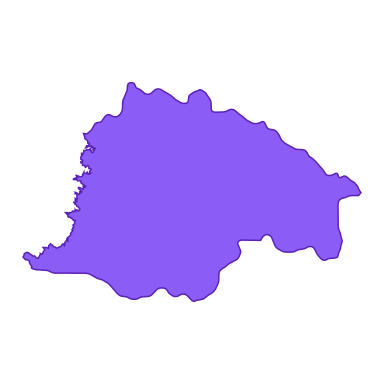 outline of Pedro Santana, La Estrelleta, Dominican Republic
{"feature_id": "3306468B44690790041357", "entity_name": "Pedro Santana", "entity_type": "district", "adm_level": 2, "iso_a3": "DOM", "parent_name": "Dominican Republic", "parent_adm1": "La Estrelleta", "projection": "natural_earth1", "projection_center": [-71.535, 19.169], "detail": "fine", "context": "isolated", "style": "filled", "palette": "violet", "viewbox_px": 384, "rotation_deg": 0, "n_neighbors": 0, "source": "geoboundaries", "source_scale": "gbopen_adm2", "svg_char_len": 5854}
<svg xmlns="http://www.w3.org/2000/svg" viewBox="0 0 384 384"><path d="M83.5,133.5L84.8,137.2L84.8,138.4L85.5,139.2L87.2,140.3L87.8,141.9L87.8,143.1L88.8,143.1L89.5,143.9L87.8,145.8L86.5,145.8L86.5,146.6L85.5,147.8L86.5,147.8L87.8,146.6L89.5,146.6L90.5,145.8L91.2,145.8L91.2,147.8L91.9,147.8L91.9,146.6L93.5,147.8L94.5,147.8L95.2,148.6L94.5,149.7L94.5,148.6L93.5,148.6L92.9,149.7L93.5,151.3L92.9,152.5L91.9,152.5L91.2,151.3L91.2,150.5L90.5,150.5L90.5,148.6L88.9,149.7L86.5,149.7L85.5,150.5L83.8,150.5L83.8,152.5L83.2,153.3L81.5,153.3L81.5,154.5L82.5,154.5L82.5,155.2L81.5,155.3L81.5,156.0L80.8,157.2L80.8,159.2L81.5,160.0L82.5,160.0L82.5,161.9L80.8,161.9L80.8,162.7L81.5,162.7L82.5,163.9L82.5,165.4L84.9,165.4L84.9,166.6L85.5,167.4L87.9,165.4L88.9,166.6L88.9,168.6L90.6,168.6L91.2,169.4L89.6,171.3L89.6,173.3L90.6,173.3L89.6,174.1L87.9,174.1L87.9,173.3L87.2,172.1L86.5,173.3L83.9,173.3L83.9,172.1L83.2,173.3L83.2,174.9L82.5,174.9L82.5,176.0L81.5,176.8L78.5,176.8L78.5,176.0L77.5,176.1L75.8,174.9L76.8,176.8L76.8,178.0L75.2,178.0L74.5,178.8L73.5,178.8L73.5,179.6L76.8,179.6L77.5,180.8L80.9,180.8L80.9,182.7L81.5,183.5L83.2,184.3L84.9,186.2L85.6,186.2L84.9,187.4L83.2,186.2L83.2,189.0L82.5,189.0L79.2,187.4L78.5,187.4L78.5,188.5L81.9,191.7L81.5,192.4L80.2,191.6L79.6,191.9L79.9,193.9L78.8,194.3L76.1,192.5L75.4,192.4L75.9,192.9L75.2,193.7L76.9,193.7L76.9,197.6L77.5,198.4L76.9,199.6L75.2,198.4L75.2,200.4L75.9,200.4L76.9,201.6L75.9,201.6L74.5,202.3L73.7,202.3L73.7,202.5L74.5,203.1L75.2,203.1L75.2,204.3L75.9,204.3L76.9,206.3L77.5,206.3L79.9,209.0L78.6,211.0L76.9,209.8L75.9,211.0L75.2,209.8L75.2,211.0L74.5,211.0L73.5,211.8L72.9,211.0L71.2,212.6L69.5,212.6L68.9,213.7L67.8,212.6L65.5,212.6L67.2,214.5L67.8,214.5L67.9,216.5L68.9,217.3L70.5,217.3L71.2,218.4L71.9,218.4L73.5,220.4L75.2,220.4L75.2,221.2L74.6,222.0L74.6,223.9L72.9,225.1L73.6,226.7L73.6,227.8L72.9,227.8L72.9,228.6L71.9,229.8L72.9,230.6L70.6,233.3L70.6,235.3L67.9,237.3L67.9,240.8L67.2,240.0L67.2,238.1L67.0,238.3L66.6,240.2L64.8,242.5L64.8,244.6L64.3,245.6L63.1,243.8L61.9,244.8L61.1,246.2L56.8,248.2L55.1,247.0L53.3,246.7L52.6,245.1L51.6,244.8L50.5,243.7L50.0,244.3L49.8,245.1L48.8,245.4L48.4,248.3L46.4,247.5L43.1,247.5L44.8,249.5L43.1,252.2L42.5,254.2L40.5,253.6L40.6,253.8L38.2,258.3L36.2,257.8L34.7,255.9L33.2,256.1L27.9,252.5L26.2,252.5L24.3,253.8L23.7,256.2L23.0,257.0L25.4,259.7L27.1,259.7L29.4,260.9L29.4,262.9L31.8,266.4L31.4,267.9L32.4,268.7L37.0,269.9L37.4,269.7L47.5,270.5L48.6,270.9L52.3,272.6L54.8,273.1L84.0,273.2L86.7,273.4L88.7,273.7L89.8,274.2L97.3,278.4L101.9,279.7L107.6,282.9L110.1,285.2L117.0,293.2L119.6,295.4L121.3,296.1L126.7,296.9L130.3,298.7L132.0,299.1L134.5,299.3L136.3,299.1L138.0,298.5L140.5,297.2L141.7,296.9L147.6,296.5L149.5,296.1L150.7,295.6L151.8,294.8L156.1,290.3L157.6,288.9L159.4,288.2L161.8,287.9L164.2,288.2L165.9,289.0L167.1,290.2L168.5,292.6L169.2,293.4L172.4,295.7L174.0,296.4L175.7,296.6L177.5,296.3L181.0,294.5L182.1,294.2L183.9,294.1L185.1,294.4L186.3,294.9L187.3,295.7L192.0,300.6L193.6,301.3L194.5,301.2L196.9,300.3L201.7,299.4L203.8,298.7L208.5,295.0L211.1,293.6L212.1,292.9L214.0,291.1L215.6,288.9L218.4,282.6L218.8,279.9L218.9,275.0L219.1,273.0L219.4,271.7L220.4,270.2L221.6,269.0L224.7,267.2L228.7,263.9L236.4,259.7L237.4,259.0L238.5,257.6L239.1,256.5L240.4,253.3L240.7,251.6L240.5,250.5L237.7,243.8L237.7,242.7L238.6,241.3L240.0,240.4L241.8,240.1L260.6,240.4L262.5,237.2L263.3,236.3L264.7,235.2L265.9,234.8L267.1,234.7L268.3,234.8L269.4,235.2L270.8,236.4L271.5,237.3L272.1,238.5L275.1,245.9L276.2,247.4L278.0,248.9L282.0,251.2L283.1,251.6L285.0,252.0L287.7,252.1L291.0,252.1L293.6,251.8L294.8,251.4L298.4,249.7L303.8,248.9L305.4,248.3L307.9,246.9L309.0,246.6L310.8,246.5L312.5,247.0L313.9,248.1L314.9,249.6L316.5,253.1L318.1,255.5L320.9,258.6L321.9,259.5L323.1,260.1L324.2,260.3L325.4,260.1L328.3,258.8L329.5,258.4L334.6,258.1L336.4,257.7L337.4,257.1L337.9,256.1L338.8,252.6L340.4,248.7L341.1,244.8L342.0,242.1L342.1,241.0L342.0,239.9L341.1,237.2L340.3,233.3L338.7,229.3L338.2,226.3L338.0,206.0L338.1,203.6L338.6,201.4L339.4,200.2L341.0,198.8L342.2,198.3L345.4,197.5L349.1,195.9L352.6,195.5L358.4,195.6L361.0,192.7L359.2,190.2L357.4,186.1L355.4,183.7L353.7,182.1L350.6,180.3L347.5,177.5L346.0,176.5L345.0,176.1L343.8,176.1L342.8,176.5L340.7,177.6L339.2,177.5L338.6,176.8L337.7,174.2L337.4,173.8L336.6,173.3L335.1,173.5L332.8,174.8L331.1,175.3L328.7,175.5L327.6,175.3L326.1,174.6L323.1,170.1L316.4,162.3L313.1,159.1L311.4,157.7L310.4,157.3L309.2,156.3L308.2,155.0L307.2,152.8L305.8,151.0L304.9,150.3L303.0,149.7L297.1,149.4L295.2,148.9L290.1,146.2L284.5,143.0L283.0,141.6L281.3,139.6L280.3,137.8L279.3,135.4L278.6,134.3L276.5,131.6L275.0,130.4L273.8,129.9L269.3,129.2L267.8,128.4L267.1,127.6L264.6,122.7L263.9,122.0L263.5,121.7L262.0,121.6L259.2,123.0L256.9,123.6L254.5,123.6L252.1,123.1L246.4,119.9L242.5,116.4L238.9,114.0L235.0,110.5L233.9,109.9L232.7,109.5L231.5,109.4L229.8,109.6L226.2,111.4L225.0,111.7L223.1,112.0L215.3,112.2L213.6,112.0L212.5,111.5L211.7,110.5L211.3,109.3L211.0,102.3L210.7,100.9L209.9,99.2L207.4,95.6L205.5,92.7L201.9,90.3L201.0,89.9L199.9,89.7L193.6,92.3L190.0,94.8L189.3,95.6L188.8,96.6L188.3,100.7L187.7,102.3L187.2,102.7L186.2,103.2L185.1,103.4L183.4,103.4L181.0,102.8L175.9,99.8L170.5,95.2L160.4,89.3L158.6,88.9L156.2,89.2L154.6,90.1L151.8,92.7L150.2,93.8L148.4,94.3L146.6,94.2L145.5,93.8L144.4,93.2L140.5,89.8L136.4,87.9L135.8,87.2L134.7,84.3L134.0,83.4L133.0,83.0L131.9,82.7L130.3,82.8L129.2,83.0L128.3,83.7L127.7,84.8L127.5,86.0L127.2,89.8L126.9,91.1L123.0,100.2L122.7,102.3L122.5,108.2L122.2,110.4L121.4,112.4L120.3,114.0L118.9,115.5L117.8,116.2L116.6,116.7L115.4,116.8L113.1,116.5L110.2,115.0L109.1,114.7L108.0,114.7L106.8,115.1L105.8,115.8L104.5,117.2L101.4,121.6L100.5,122.1L96.8,122.8L95.3,123.5L94.7,124.3L91.3,130.2L87.0,133.9L83.5,133.5Z" fill="#8b5cf6" stroke="#5b21b6" stroke-width="1.5"/></svg>